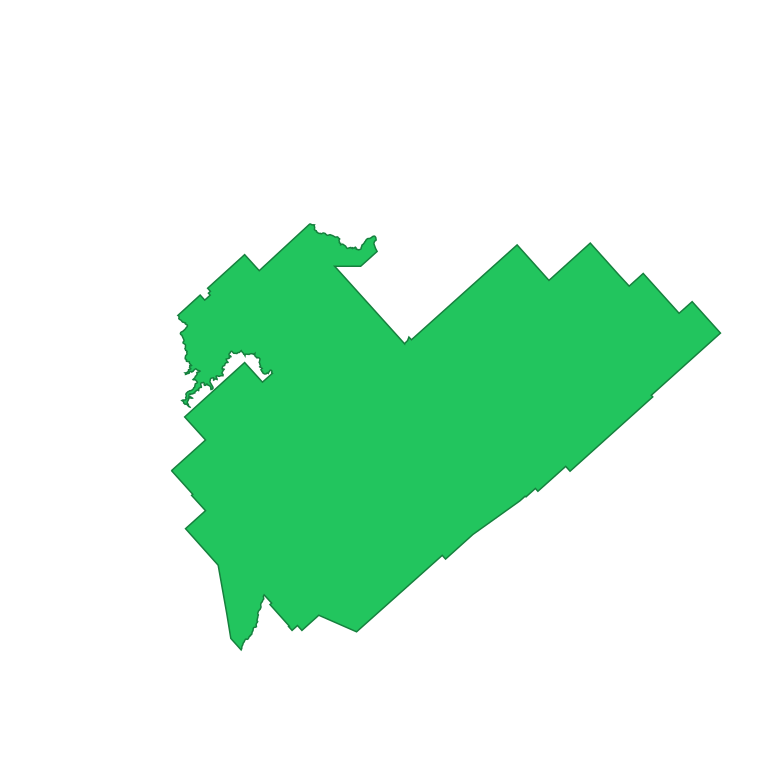 Collie, Western Australia, Australia, rotated 48°
{"feature_id": "25037944B67416490528235", "entity_name": "Collie", "entity_type": "district", "adm_level": 2, "iso_a3": "AUS", "parent_name": "Australia", "parent_adm1": "Western Australia", "projection": "equal_earth", "projection_center": [116.035, -33.274], "detail": "fine", "context": "isolated", "style": "filled", "palette": "green", "viewbox_px": 768, "rotation_deg": 48, "n_neighbors": 0, "source": "geoboundaries", "source_scale": "gbopen_adm2", "svg_char_len": 6168}
<svg xmlns="http://www.w3.org/2000/svg" viewBox="0 0 768 768"><g transform="rotate(48 384 384)"><path d="M417.3,136.4L417.4,192.1L369.7,192.0L369.5,334.0L365.8,334.1L367.5,337.4L367.7,341.4L368.0,341.8L263.5,341.9L280.9,322.5L280.9,300.4L277.7,299.6L273.3,297.8L272.6,297.3L271.8,295.8L271.6,295.2L271.9,293.9L271.6,293.4L269.8,292.2L269.1,292.0L268.0,292.0L267.4,292.4L266.7,294.0L266.8,294.9L266.4,297.0L265.1,298.7L264.9,299.4L265.0,301.3L265.6,302.6L265.5,303.2L266.0,304.5L266.2,306.0L266.0,307.0L266.1,307.6L266.8,308.3L267.2,309.5L268.1,310.4L268.2,311.1L267.8,312.2L267.2,313.3L266.3,313.5L266.2,313.9L265.5,314.3L265.1,314.4L264.3,313.7L263.2,313.7L263.0,314.3L263.1,315.1L262.5,315.6L262.4,316.5L261.6,316.3L261.3,317.3L260.9,317.5L260.4,317.3L260.1,317.6L258.8,320.4L257.9,320.7L255.9,320.3L252.7,321.0L252.2,321.4L251.5,323.1L250.4,322.1L249.5,322.7L249.0,322.6L248.1,321.7L247.0,321.3L246.6,319.9L246.3,319.8L245.0,320.2L244.0,320.0L243.5,320.2L242.3,321.9L239.5,322.8L236.9,324.2L236.0,326.1L235.5,326.7L233.8,327.1L233.0,326.9L231.4,327.8L230.9,328.5L230.5,329.9L230.2,330.3L229.3,330.6L228.9,331.3L228.0,331.9L226.5,332.0L226.0,332.4L224.8,331.8L223.4,332.4L222.6,332.3L221.2,330.7L219.5,329.9L219.2,329.2L217.4,331.1L216.0,331.5L215.4,332.3L216.3,400.9L194.6,401.0L194.8,451.0L199.0,451.0L199.0,453.7L201.7,453.7L201.7,461.1L194.9,461.1L195.1,491.3L196.3,491.0L197.4,491.8L198.1,492.7L198.9,492.8L200.7,492.2L203.1,492.3L205.8,490.6L206.0,490.7L206.0,491.3L206.3,491.4L207.6,491.1L208.3,490.7L208.7,490.7L209.7,491.8L209.7,493.0L210.2,495.0L210.2,498.2L209.7,500.1L209.8,500.8L210.4,501.7L211.4,501.9L212.4,501.6L217.4,503.2L218.1,503.7L218.4,505.1L218.6,505.5L219.1,505.9L221.5,505.3L222.2,505.4L224.2,507.4L224.6,508.4L225.6,508.4L226.3,508.9L226.9,508.6L228.0,508.5L228.4,509.3L230.0,510.4L230.3,512.6L231.5,514.2L232.3,514.9L233.6,514.5L233.9,514.6L234.2,515.2L234.6,515.5L235.1,515.5L237.2,513.8L238.6,514.7L241.5,514.7L241.4,515.1L240.6,515.7L240.4,516.1L240.9,516.4L241.6,517.5L242.2,517.5L243.1,517.2L243.4,517.4L243.2,518.4L242.6,519.7L243.5,520.6L243.7,522.0L243.3,523.6L242.7,524.4L243.6,524.3L244.1,525.0L244.3,524.7L244.6,523.4L245.6,521.7L245.0,520.6L245.0,519.6L245.4,519.1L246.2,519.1L246.5,518.7L246.8,517.1L246.5,516.4L246.6,513.8L246.9,513.6L249.0,513.3L250.7,512.2L251.3,512.1L251.1,513.8L250.4,514.6L250.3,515.3L250.4,515.7L251.5,516.0L251.8,516.5L252.1,518.1L252.1,519.1L252.8,520.2L252.9,523.0L253.3,522.9L254.6,521.4L255.7,521.3L257.7,521.4L258.0,521.7L258.1,522.2L257.6,524.1L259.7,527.0L259.5,527.9L260.0,529.1L260.1,529.8L259.8,531.8L259.0,532.9L259.0,533.5L258.5,534.8L258.6,537.3L259.2,538.2L260.7,538.8L261.0,539.2L261.2,540.3L262.7,541.1L263.0,542.2L261.2,544.4L261.0,545.3L262.7,544.8L263.5,545.0L264.0,545.6L266.0,545.4L266.4,544.6L267.0,544.2L270.0,544.2L270.9,543.9L271.2,543.7L270.8,543.6L269.6,544.0L269.1,543.8L268.2,543.0L267.6,543.1L266.3,542.7L265.4,541.7L265.3,540.8L264.6,539.7L264.5,539.1L263.6,539.1L263.5,538.6L263.8,538.1L266.2,536.1L266.3,535.8L264.5,536.2L262.6,537.2L262.1,536.8L261.2,535.4L261.5,534.8L262.4,534.7L262.4,534.0L262.7,533.4L263.4,532.7L263.4,531.5L264.1,530.7L263.3,529.4L263.6,526.8L264.2,526.2L264.8,526.1L264.5,525.5L263.7,525.4L263.4,524.7L263.6,522.9L264.6,521.5L263.8,521.9L263.3,521.3L261.4,520.3L261.0,519.7L260.9,518.8L261.8,517.9L261.8,517.3L262.2,517.0L263.5,517.2L264.2,518.2L265.0,518.2L265.7,517.3L265.2,516.3L265.5,515.6L265.8,515.5L266.7,515.7L268.9,514.7L270.9,515.1L271.7,516.0L272.4,516.3L272.9,514.9L272.7,514.6L272.7,513.8L271.8,513.2L265.8,511.9L264.9,510.5L264.2,509.8L264.0,509.0L264.0,508.6L265.3,506.5L265.8,506.6L266.9,508.0L267.2,508.0L267.2,506.6L267.3,506.0L269.0,505.0L268.7,504.7L266.2,503.9L265.9,503.5L265.9,503.2L266.5,502.3L267.3,502.0L268.3,501.0L268.5,499.9L270.1,498.1L269.2,497.2L267.7,497.3L267.2,496.8L266.2,494.2L266.2,493.2L266.1,492.9L265.5,493.1L265.0,494.0L264.5,494.2L264.0,493.7L263.2,492.5L263.0,491.4L263.6,490.1L262.9,489.1L262.4,487.7L262.9,486.3L263.5,485.8L263.5,485.4L261.1,485.3L259.9,484.6L261.2,482.1L261.2,481.4L260.4,481.1L260.6,480.5L261.2,479.8L261.3,479.5L260.5,479.3L259.6,479.7L258.5,479.7L257.8,478.6L257.9,477.4L257.6,477.1L257.4,476.5L257.5,475.7L257.9,475.2L260.6,475.1L262.4,473.3L262.9,473.0L262.9,471.6L263.8,470.3L263.6,468.5L263.7,467.7L264.9,468.0L266.8,467.9L268.0,468.3L268.4,467.9L269.9,468.3L269.3,467.6L269.3,466.6L270.4,465.8L271.0,465.0L271.7,464.6L271.9,463.6L272.7,462.2L273.4,461.8L273.7,461.3L274.6,461.2L274.6,460.6L274.9,460.3L274.9,459.5L276.0,460.7L277.4,461.2L277.8,461.0L279.4,461.0L279.6,460.4L280.0,460.4L280.3,459.8L281.0,459.4L282.1,459.3L282.8,459.8L284.6,462.4L285.3,462.4L286.4,463.1L287.9,463.6L288.4,464.2L288.1,464.6L288.1,464.9L288.7,464.8L289.5,464.3L290.8,464.1L290.7,464.6L291.1,465.4L291.1,466.0L292.2,465.9L293.0,466.4L293.8,466.1L294.3,466.5L295.2,466.6L296.7,466.0L297.6,464.8L297.6,463.3L298.7,463.0L298.1,461.6L297.9,460.0L297.6,459.5L297.7,459.1L298.4,458.6L299.1,458.6L299.7,458.9L300.5,460.0L301.4,459.8L301.3,473.1L274.8,473.2L275.1,554.2L306.2,554.1L306.2,599.5L307.0,599.5L307.0,599.9L338.0,599.9L338.0,601.5L358.7,601.4L358.7,628.3L407.7,628.5L449.6,654.6L470.6,668.1L486.0,668.1L485.4,666.7L484.0,665.3L483.3,663.4L482.4,662.2L482.0,660.2L481.5,659.4L481.0,657.8L481.3,657.1L481.8,656.9L482.3,656.4L482.5,655.3L481.6,653.3L481.7,651.7L481.4,651.7L481.3,650.1L481.5,649.9L481.4,649.6L480.0,647.8L479.7,646.5L478.3,644.9L477.9,644.1L478.0,643.3L478.8,642.1L479.0,641.2L477.1,639.9L476.5,638.7L476.3,637.5L476.0,636.8L475.7,636.7L475.1,636.9L474.4,636.2L472.9,633.9L472.1,633.0L471.6,631.9L470.2,631.5L469.7,631.0L468.7,629.0L468.5,626.7L467.7,625.0L467.0,624.3L466.1,623.8L465.3,623.1L464.4,621.5L464.4,620.3L463.4,618.3L463.3,617.2L461.0,615.7L460.8,615.2L460.5,614.2L471.6,614.1L471.6,616.3L500.6,616.4L500.4,617.2L505.6,617.2L505.6,609.9L512.2,609.9L512.2,587.2L549.8,570.2L550.3,455.4L555.3,455.4L555.3,418.6L561.8,361.0L561.8,354.3L562.9,354.0L562.9,341.4L566.7,341.4L566.8,304.1L573.3,304.1L573.4,192.9L571.2,192.9L571.3,99.9L529.0,99.9L528.9,117.4L475.3,117.4L475.3,136.3L459.6,136.5L417.3,136.4Z" fill="#22c55e" stroke="#15803d" stroke-width="1.5"/></g></svg>